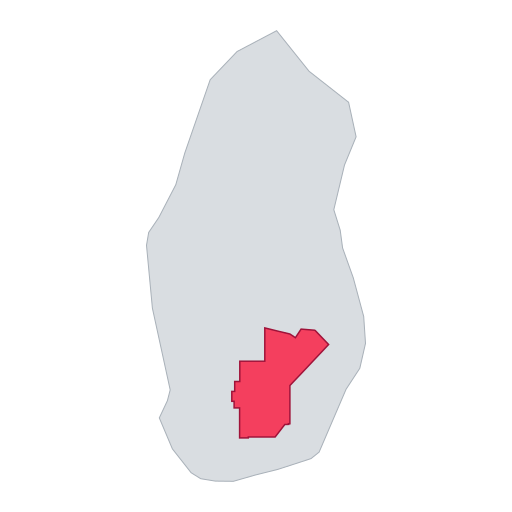 95, Ar Rayyān, Qatar (highlighted)
{"feature_id": "91078587B87782055915042", "entity_name": "95", "entity_type": "district", "adm_level": 2, "iso_a3": "QAT", "parent_name": "Qatar", "parent_adm1": "Ar Rayyān", "projection": "mercator", "projection_center": [51.234, 24.913], "detail": "fine", "context": "in_parent", "style": "filled", "palette": "rose", "viewbox_px": 512, "rotation_deg": 0, "n_neighbors": 0, "source": "geoboundaries", "source_scale": "gbopen_adm2", "svg_char_len": 958}
<svg xmlns="http://www.w3.org/2000/svg" viewBox="0 0 512 512"><path d="M278.1,469.3L255.0,475.1L233.4,481.3L215.3,481.1L200.7,478.7L191.1,472.7L172.4,448.9L159.3,417.9L167.4,400.7L170.2,389.9L152.4,308.2L146.5,245.3L148.7,232.4L158.8,217.5L175.8,184.7L184.8,153.0L210.2,79.7L237.1,51.5L276.6,30.7L309.1,71.3L348.6,102.3L356.1,136.8L344.5,165.0L333.8,209.7L340.2,230.2L342.6,248.0L353.3,277.9L363.7,316.5L365.5,343.4L359.8,368.3L346.1,389.2L319.1,452.1L311.0,458.6L278.1,469.3Z" fill="#d9dde1" stroke="#a8b0b8" stroke-width="1"/><path d="M239.6,437.9L248.3,437.9L248.3,437.0L275.1,437.0L284.8,424.5L288.6,424.4L288.5,423.7L289.9,423.7L289.9,385.5L304.5,370.1L328.6,344.5L315.2,330.5L314.5,330.2L301.1,329.1L295.4,337.7L289.9,334.0L276.9,330.9L264.8,327.9L264.8,328.0L264.8,361.2L239.8,361.2L239.8,381.5L234.7,381.5L234.7,391.4L231.8,391.4L231.8,401.3L234.1,401.3L234.1,407.9L239.6,407.9L239.6,437.9Z" fill="#f43f5e" stroke="#9f1239" stroke-width="1.5"/></svg>